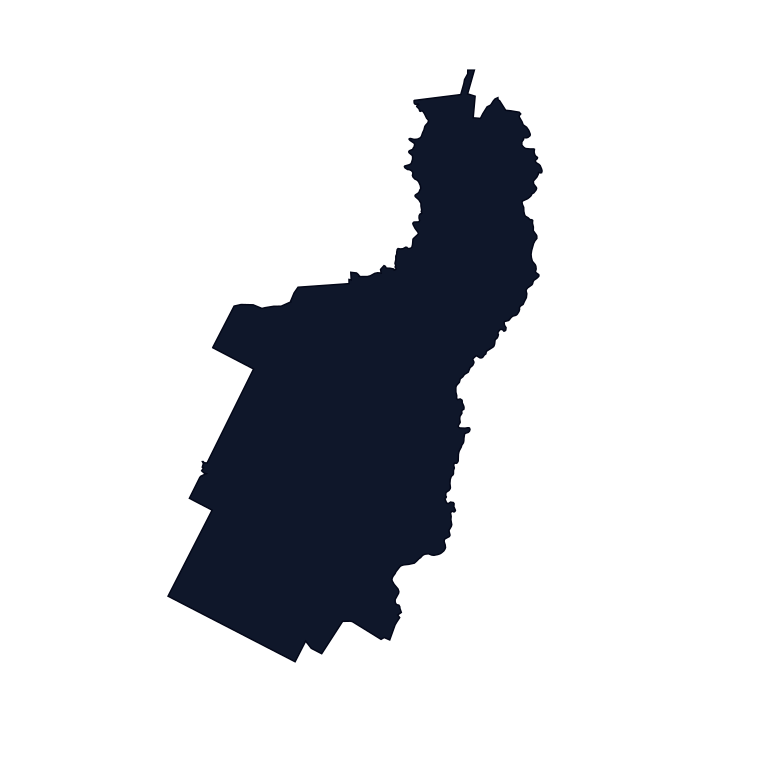 outline of Mazzalves pag., Neretas, Latvia, rotated 219°
{"feature_id": "27541924B89627851604183", "entity_name": "Mazzalves pag.", "entity_type": "district", "adm_level": 2, "iso_a3": "LVA", "parent_name": "Latvia", "parent_adm1": "Neretas", "projection": "orthographic", "projection_center": [24.992, 56.383], "detail": "fine", "context": "isolated", "style": "filled", "palette": "ink", "viewbox_px": 768, "rotation_deg": 219, "n_neighbors": 0, "source": "geoboundaries", "source_scale": "gbopen_adm2", "svg_char_len": 6170}
<svg xmlns="http://www.w3.org/2000/svg" viewBox="0 0 768 768"><g transform="rotate(219 384 384)"><path d="M511.3,684.8L516.4,680.6L514.1,677.7L513.0,671.3L511.0,667.7L506.5,657.2L538.8,623.6L538.9,623.0L537.4,621.4L536.5,621.0L535.5,621.2L533.7,623.0L533.1,623.2L532.7,622.7L533.5,621.0L533.2,620.2L530.0,619.9L528.0,618.6L527.2,618.9L526.4,620.3L525.1,620.3L522.6,619.5L518.2,617.4L515.7,617.0L515.0,616.4L514.3,614.6L514.5,611.1L514.3,609.7L512.8,606.5L512.2,603.9L510.8,600.0L510.7,598.3L511.8,595.8L513.0,594.4L514.8,592.9L517.9,591.5L518.7,590.6L518.7,590.2L518.4,589.9L517.0,589.7L512.2,590.1L510.9,589.4L509.8,587.1L509.8,586.0L509.4,584.3L511.0,581.4L511.1,580.6L510.8,579.9L509.9,579.5L505.8,579.4L504.7,578.5L503.3,576.7L501.9,573.3L501.7,572.0L502.3,570.4L504.9,566.7L505.1,566.3L504.9,565.7L503.7,565.2L500.7,565.5L499.3,566.5L496.9,567.1L494.8,566.6L494.1,565.8L493.1,563.9L491.7,563.1L489.1,562.7L487.1,563.2L485.6,563.2L484.0,562.8L480.7,561.1L478.7,559.3L478.3,558.5L478.3,557.5L477.5,555.2L477.6,553.8L478.6,550.7L478.3,549.7L477.4,549.3L472.9,549.1L469.0,547.7L467.2,545.5L464.3,543.0L463.6,541.5L462.3,540.7L462.0,540.2L462.9,539.0L462.9,538.3L462.6,536.9L461.2,535.0L459.2,533.5L458.9,532.3L459.3,531.6L462.5,528.8L462.8,528.2L462.7,527.0L461.7,526.2L457.6,524.4L453.4,523.4L452.2,522.8L451.9,522.3L451.8,521.5L452.7,515.4L452.5,514.6L449.7,510.5L448.5,508.1L448.6,506.7L449.0,505.8L450.9,504.2L452.2,504.6L453.2,504.0L454.4,501.1L456.2,499.3L458.3,498.1L458.4,496.9L457.1,494.5L455.9,493.0L455.3,490.8L453.1,488.1L451.4,484.7L449.2,483.2L449.1,482.1L448.8,481.8L447.2,481.4L447.0,480.4L447.7,478.9L448.8,479.5L452.1,477.8L455.0,475.6L455.9,475.7L456.9,476.3L458.5,476.0L458.8,470.9L456.0,468.4L458.9,466.5L460.8,464.2L462.7,459.5L464.4,457.2L469.1,453.3L470.9,452.1L471.0,452.4L472.9,452.9L475.2,453.0L480.1,449.9L475.0,444.3L477.0,443.2L474.3,440.0L511.7,405.1L511.2,398.3L508.7,389.7L508.1,389.2L512.9,379.7L518.6,375.0L524.5,368.4L526.4,365.9L535.5,363.2L545.1,355.8L549.5,350.2L540.1,304.8L539.6,304.9L539.6,304.5L494.8,313.6L471.8,211.3L474.0,209.7L475.8,209.9L476.3,209.4L474.3,208.5L472.9,205.0L471.5,205.2L471.1,201.8L467.6,201.6L465.7,202.4L467.6,198.6L467.4,198.0L468.2,197.6L468.4,195.6L463.3,172.7L438.2,177.8L418.3,83.2L278.3,112.2L283.1,134.9L274.1,132.8L262.7,135.2L266.8,173.5L261.0,178.4L259.2,179.4L225.6,183.7L224.3,187.1L218.5,188.7L223.8,203.8L224.3,207.1L224.8,212.3L228.0,213.1L226.8,217.4L230.5,219.7L231.5,220.8L233.3,221.5L234.8,220.7L235.9,220.5L237.9,221.4L239.7,223.5L241.0,230.6L241.8,232.0L244.1,233.5L250.1,234.7L253.7,236.1L255.1,237.4L255.9,239.8L256.1,243.7L256.6,245.8L256.7,252.4L256.1,254.0L254.8,255.9L251.3,259.4L247.7,263.9L247.2,266.8L246.9,270.2L246.3,272.1L246.2,274.6L245.8,276.2L244.9,277.7L242.5,280.1L239.3,281.1L237.4,282.3L234.9,285.3L233.7,287.2L233.1,288.8L232.5,291.9L232.7,293.8L233.2,295.5L235.1,297.4L238.0,299.3L239.1,300.9L239.1,302.2L237.3,306.4L237.3,307.0L237.6,308.1L241.1,310.8L241.5,311.8L242.1,315.7L242.8,317.3L246.6,320.6L248.5,323.4L251.0,325.5L251.2,326.0L251.2,327.4L250.7,328.1L249.3,328.5L248.9,328.9L248.7,329.7L249.0,330.8L252.5,332.6L254.2,335.1L255.5,335.5L258.0,334.1L258.5,332.3L258.9,331.5L259.9,331.0L261.3,331.4L264.5,333.2L264.6,333.7L264.2,334.7L264.6,335.6L265.8,336.1L267.0,337.7L267.5,339.0L266.5,342.2L266.7,344.4L267.3,345.4L270.1,348.1L272.4,351.4L273.4,354.0L273.5,355.5L273.2,356.8L273.5,357.9L275.6,360.6L276.5,363.0L278.7,364.7L279.1,365.5L279.4,366.6L279.2,367.1L278.0,367.8L277.6,368.4L277.6,369.5L277.9,370.9L282.0,376.3L283.1,378.5L283.5,379.6L284.3,383.7L285.0,385.2L285.3,388.3L286.2,390.1L287.7,392.1L289.9,395.8L289.6,397.1L288.1,399.4L287.9,401.1L288.5,402.7L289.6,403.5L290.4,403.5L291.3,402.8L293.3,400.6L297.5,397.5L299.0,397.4L299.7,397.9L300.3,399.2L300.4,400.9L300.7,402.2L303.2,404.5L304.6,406.6L305.0,410.2L306.7,412.1L306.7,413.3L306.1,414.3L306.1,414.8L307.1,416.2L308.1,417.0L311.4,418.7L312.7,420.2L313.5,420.6L315.4,420.3L316.9,418.3L318.4,418.4L320.1,420.7L323.0,422.9L325.5,425.9L326.4,427.3L326.7,429.0L326.5,432.7L328.0,436.0L327.3,439.2L327.5,442.0L326.0,446.2L327.4,450.8L326.8,454.4L327.5,457.1L328.3,457.9L330.3,458.8L330.6,459.3L330.7,460.4L330.3,463.2L329.8,464.2L325.9,464.7L325.0,465.3L324.2,466.5L324.1,467.3L324.3,469.6L323.8,471.5L324.7,473.2L324.9,474.2L322.6,481.0L322.4,482.1L322.5,482.9L323.2,484.7L325.3,488.0L325.4,488.8L325.0,490.7L325.3,492.4L326.2,494.4L327.8,495.3L328.1,497.8L328.0,499.3L327.6,499.9L326.2,500.9L324.1,500.5L323.5,501.2L323.3,502.5L324.6,504.6L327.3,505.5L329.1,507.1L329.6,507.9L329.5,508.6L327.2,511.7L327.0,512.8L327.1,515.0L326.8,517.2L326.3,518.3L324.8,520.3L324.4,521.6L324.4,522.7L324.8,525.5L325.6,527.3L326.6,528.3L327.0,529.6L327.0,530.4L326.0,533.4L326.8,536.3L327.7,540.7L329.8,544.0L332.2,545.8L332.8,547.0L332.9,549.0L331.5,554.1L331.6,555.3L332.5,557.3L332.8,558.9L331.8,562.2L331.5,564.4L331.6,565.5L332.6,566.4L335.6,566.2L336.7,566.4L337.2,567.0L338.1,569.1L340.1,571.1L341.6,571.9L346.0,572.8L348.9,574.9L351.3,577.3L353.3,580.7L356.2,587.4L356.8,590.2L356.8,593.3L358.4,595.2L359.4,595.7L364.5,597.1L366.7,600.0L369.8,602.4L371.4,604.7L372.5,604.7L374.1,603.6L376.5,603.9L379.8,603.4L381.4,604.1L384.0,606.2L386.6,609.2L389.5,610.7L391.0,612.0L391.4,612.7L391.3,613.8L389.0,618.4L388.5,620.6L388.2,622.8L388.7,625.2L387.9,626.7L387.9,630.3L388.4,631.9L389.2,632.6L393.5,633.6L395.5,635.5L395.6,636.4L395.4,640.9L396.1,644.1L397.0,645.7L395.4,646.4L394.5,647.4L395.2,649.0L396.7,650.2L400.1,652.0L401.8,652.2L404.8,651.8L406.5,652.3L407.1,653.3L406.7,655.5L407.1,656.5L407.8,656.7L409.7,656.6L411.3,657.2L413.3,658.7L414.8,661.1L415.6,660.9L418.4,658.6L422.2,656.1L424.4,655.9L427.2,656.4L429.1,658.7L429.3,659.6L429.4,661.8L430.3,662.9L430.2,663.4L428.1,665.1L427.3,666.3L426.8,668.8L427.1,669.6L427.6,670.2L431.1,672.2L434.8,673.3L439.0,673.0L441.6,674.6L446.8,676.6L447.6,677.4L447.8,678.5L447.7,679.9L450.0,680.3L457.4,676.1L461.7,673.3L472.4,676.9L474.2,676.7L475.7,678.2L477.1,675.4L477.2,673.0L476.7,668.5L476.8,667.5L478.3,664.3L477.3,656.2L476.2,651.1L482.2,647.0L494.3,665.0L501.6,662.1L511.3,684.8Z" fill="#0f172a" stroke="#020617" stroke-width="1.5"/></g></svg>